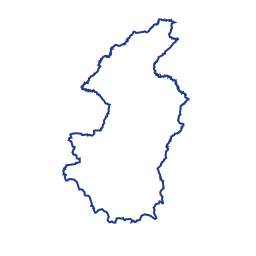 Watthana Nakhon, Sa Kaeo, Thailand (orthographic projection), rotated 163°
{"feature_id": "78962969B91417690270455", "entity_name": "Watthana Nakhon", "entity_type": "district", "adm_level": 2, "iso_a3": "THA", "parent_name": "Thailand", "parent_adm1": "Sa Kaeo", "projection": "orthographic", "projection_center": [102.317, 13.885], "detail": "fine", "context": "isolated", "style": "outline", "palette": "blue", "viewbox_px": 256, "rotation_deg": 163, "n_neighbors": 0, "source": "geoboundaries", "source_scale": "gbopen_adm2", "svg_char_len": 5843}
<svg xmlns="http://www.w3.org/2000/svg" viewBox="0 0 256 256"><g transform="rotate(163 128 128)"><path d="M185.1,138.7L184.9,135.3L187.0,135.6L188.2,133.7L186.1,131.5L186.4,126.4L184.6,125.6L185.6,123.5L186.2,123.6L188.3,121.0L187.7,119.6L188.1,119.3L187.9,118.6L185.4,117.0L185.8,113.9L183.8,112.6L183.2,112.8L184.1,109.5L186.9,109.5L188.1,109.9L188.8,108.9L197.8,110.4L197.9,109.4L200.9,108.1L200.2,107.0L202.4,106.2L202.3,105.1L203.3,102.4L201.6,102.0L201.1,101.3L202.7,100.0L202.8,96.0L200.9,95.4L199.9,96.3L198.5,96.2L194.6,94.4L192.6,91.0L192.6,83.4L190.8,83.1L189.6,82.3L188.3,79.1L188.9,77.6L188.7,76.1L185.7,74.7L184.9,73.8L184.8,65.5L186.0,64.3L184.6,63.9L184.2,63.1L184.2,62.2L184.8,61.5L184.0,60.8L184.7,59.5L184.1,56.5L183.3,56.5L179.7,58.2L176.3,57.9L175.7,56.2L172.7,53.3L172.4,48.5L173.7,47.3L174.4,45.8L174.1,44.5L172.9,43.1L170.7,43.4L169.6,41.8L167.7,41.2L167.0,42.6L165.9,43.5L165.5,44.8L163.6,44.7L160.4,43.1L159.0,43.3L158.5,41.3L158.0,40.7L156.5,41.4L154.8,40.7L152.7,40.6L151.4,39.3L151.4,38.0L152.0,37.1L149.7,37.6L149.0,36.1L148.4,35.9L147.0,36.2L146.7,37.0L143.6,36.5L140.9,40.1L137.0,40.5L132.6,37.9L128.9,33.2L127.4,33.3L127.2,34.4L128.0,38.7L127.5,40.5L126.5,41.6L126.8,44.4L125.2,45.3L123.6,47.1L120.7,46.8L119.3,48.6L118.1,47.8L117.3,46.0L116.5,45.9L116.2,50.2L115.1,51.9L115.6,52.5L115.9,54.6L116.3,54.8L115.9,57.2L114.4,58.7L111.7,59.8L111.8,60.8L111.3,61.3L110.6,65.7L109.9,66.8L111.0,67.8L110.9,68.6L111.8,69.1L111.4,69.5L111.8,69.9L111.1,71.1L111.7,71.4L110.9,73.9L111.6,76.2L111.3,77.1L111.6,80.6L107.3,82.7L106.8,84.2L106.2,84.3L105.4,85.6L104.2,85.6L102.8,86.8L102.7,87.3L100.1,88.3L100.3,90.3L98.3,94.5L96.2,95.5L95.6,96.5L96.7,97.9L96.5,99.2L95.7,99.2L96.2,99.8L95.1,101.0L93.7,101.5L92.3,103.1L91.4,103.0L90.9,103.8L91.7,104.0L91.6,104.3L89.9,105.5L89.2,107.2L87.6,107.3L87.2,107.8L85.9,107.7L84.6,108.9L82.2,108.4L81.9,108.8L80.5,108.8L80.3,109.4L79.0,109.4L78.6,110.1L77.7,110.4L77.1,112.2L76.1,112.4L76.4,113.3L74.2,114.2L73.9,115.6L77.1,117.4L77.9,121.0L76.9,121.9L76.4,123.5L75.2,125.2L73.9,125.5L73.9,127.0L71.6,132.3L71.6,132.9L71.1,133.8L69.0,134.3L68.6,134.8L68.1,134.9L68.0,134.5L66.9,134.8L65.8,136.1L65.3,135.9L64.6,136.8L62.7,137.6L62.7,138.1L61.8,137.7L61.6,138.0L64.2,140.6L63.9,142.5L62.9,142.8L63.0,143.3L65.0,145.5L65.7,145.4L65.2,146.2L66.1,146.3L66.0,146.6L66.9,146.9L67.0,147.6L67.8,148.4L68.1,148.2L68.5,148.9L68.3,149.8L68.7,150.3L68.3,150.7L69.0,151.8L68.5,152.8L68.2,152.7L68.4,153.2L68.1,153.4L68.5,154.3L68.9,154.3L69.4,156.1L68.9,156.1L68.6,156.7L69.1,157.5L68.6,157.7L68.9,158.6L68.5,159.4L69.0,159.4L69.4,160.2L71.1,160.3L71.1,161.4L72.5,162.1L72.2,162.4L72.6,163.1L72.2,163.6L72.7,163.6L73.0,164.7L73.5,164.7L73.8,165.4L74.4,165.1L74.2,165.6L75.3,166.6L76.6,166.4L77.2,167.5L77.7,167.5L78.9,166.5L79.5,167.1L81.3,167.4L81.5,168.1L81.6,167.7L82.0,168.0L81.7,167.4L82.1,167.2L83.7,167.8L83.9,168.5L83.4,169.2L83.7,168.9L84.2,169.5L83.6,170.0L84.4,170.7L85.3,170.7L84.9,171.6L85.7,171.7L86.3,172.8L86.1,173.8L85.1,174.5L86.0,176.9L85.7,177.8L84.7,178.6L85.0,179.3L84.3,181.5L83.8,181.5L83.5,182.1L83.1,182.0L82.7,182.8L81.9,182.8L81.7,183.3L80.8,183.1L79.8,184.7L78.8,185.1L78.1,186.8L73.4,187.5L72.9,188.7L70.8,188.3L70.5,189.8L69.8,190.4L64.6,192.3L59.6,195.8L57.2,196.5L56.9,197.4L54.2,198.2L54.4,199.2L56.8,199.1L57.0,199.8L58.7,200.1L59.4,201.4L59.8,201.2L59.9,202.0L61.3,202.5L61.4,204.1L61.1,206.1L59.6,206.7L58.4,208.5L58.1,209.8L57.0,210.4L56.4,211.6L56.7,212.3L56.0,214.6L54.6,215.3L52.7,215.4L54.1,216.3L54.0,216.8L55.1,217.3L55.2,218.1L55.5,217.7L56.1,218.4L56.7,218.3L57.0,219.1L57.4,218.8L58.5,219.5L59.8,219.5L59.9,219.8L60.3,219.5L61.7,220.5L61.6,220.9L62.8,220.7L64.0,221.3L64.6,222.2L66.8,222.8L67.4,221.2L68.3,220.5L68.0,220.1L68.6,219.1L69.5,218.6L70.3,219.1L70.8,218.6L71.2,219.0L73.1,219.2L74.9,217.4L75.9,217.5L76.5,216.7L78.2,216.2L79.1,215.1L80.7,214.2L82.3,214.0L83.8,215.6L84.8,215.4L91.9,216.4L92.9,216.9L93.1,217.7L94.4,218.5L96.8,215.9L98.6,215.8L100.3,213.6L101.2,213.9L101.3,213.4L102.3,213.4L102.6,212.1L103.5,212.3L103.4,211.0L104.4,211.2L105.9,210.3L105.9,209.4L107.6,209.6L107.7,209.3L108.2,209.7L111.6,208.9L112.5,209.1L114.8,210.8L116.2,211.0L116.9,210.8L117.4,210.1L119.5,209.8L119.9,209.1L120.4,209.5L121.2,208.7L120.5,208.2L121.1,208.2L122.3,206.0L122.0,205.6L123.1,204.9L122.6,204.3L122.7,203.3L124.1,203.3L124.3,202.5L125.2,201.9L125.7,202.2L125.6,201.8L126.1,201.9L126.1,201.6L127.8,202.5L127.5,203.0L127.9,203.4L129.6,203.6L133.5,201.9L133.2,201.6L133.6,201.5L133.8,200.6L134.2,200.8L134.6,200.3L135.5,200.3L135.6,199.7L136.0,199.6L135.4,198.9L137.7,197.3L137.9,196.6L137.0,196.5L136.4,195.1L138.9,193.5L139.5,192.0L141.4,190.4L142.6,190.3L143.8,189.4L144.5,189.7L144.9,189.1L145.5,189.0L145.7,188.3L148.5,188.2L149.2,187.3L150.8,187.0L151.5,185.0L153.1,184.3L153.1,182.9L153.9,182.8L154.5,183.5L156.1,183.1L156.3,183.5L156.6,182.9L156.9,183.2L157.7,182.8L158.5,181.3L160.1,181.3L160.6,180.7L160.4,180.1L159.6,180.0L159.8,179.5L160.3,179.6L160.1,178.4L159.0,178.4L158.5,177.5L157.5,177.5L157.4,176.9L156.8,177.3L156.4,175.7L155.7,175.7L155.8,176.1L154.9,176.0L155.0,174.9L153.9,175.3L153.5,174.4L152.9,174.9L151.8,173.4L150.9,174.1L150.2,173.4L149.7,173.9L149.0,172.1L148.3,172.0L147.6,171.3L147.5,170.0L147.1,169.8L147.4,169.1L146.1,168.5L146.2,167.8L145.3,167.5L145.1,165.8L144.3,164.9L144.3,163.7L142.8,160.8L142.3,158.2L141.1,157.3L140.7,157.4L140.5,156.9L139.0,155.8L139.5,155.6L139.2,155.1L139.4,154.3L140.8,152.4L141.5,149.5L142.5,148.6L142.5,147.5L143.7,147.5L144.6,145.2L145.9,145.3L146.6,143.9L148.7,142.4L149.3,139.6L151.2,138.4L152.0,136.3L153.0,135.5L154.0,135.5L154.3,134.0L155.1,133.6L159.6,135.2L161.4,135.3L161.7,132.7L164.2,131.2L165.2,131.4L166.9,132.9L168.5,132.5L168.7,133.7L173.8,134.6L174.2,135.0L174.1,136.0L178.0,137.7L181.4,138.7L185.1,138.7Z" fill="none" stroke="#1e3a8a" stroke-width="2"/></g></svg>